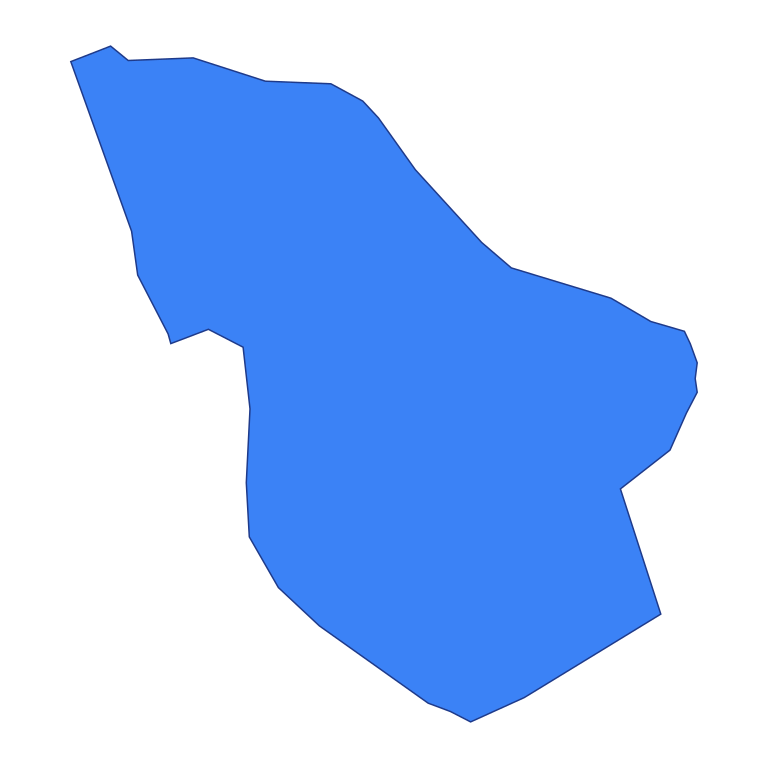 SVG path tracing the border of Loški Potok
{"feature_id": "SVN-965", "entity_name": "Loški Potok", "entity_type": "Municipality", "adm_level": 1, "iso_a3": "SVN", "parent_name": "Slovenia", "parent_adm1": "", "projection": "natural_earth1", "projection_center": [14.641, 45.654], "detail": "fine", "context": "isolated", "style": "filled", "palette": "blue", "viewbox_px": 768, "rotation_deg": 0, "n_neighbors": 0, "source": "natural_earth", "source_scale": "10m", "svg_char_len": 593}
<svg xmlns="http://www.w3.org/2000/svg" viewBox="0 0 768 768"><path d="M470.6,721.9L450.4,711.5L428.2,703.2L319.4,625.9L278.4,587.6L249.3,536.9L246.3,482.7L250.0,408.9L243.1,347.2L208.4,329.3L170.8,343.6L170.4,342.1L168.1,333.9L137.7,275.1L131.6,231.3L70.8,61.6L110.6,46.1L128.2,60.5L193.2,57.9L265.4,81.2L330.9,83.8L362.8,101.1L378.5,118.0L415.4,169.8L481.7,242.5L511.3,267.9L611.0,298.2L650.8,321.5L684.4,331.3L690.3,343.8L697.2,362.8L695.2,378.6L697.2,392.3L686.4,413.1L670.0,450.1L620.4,488.9L660.8,614.1L524.2,697.6L470.6,721.9Z" fill="#3b82f6" stroke="#1e3a8a" stroke-width="1.5"/></svg>